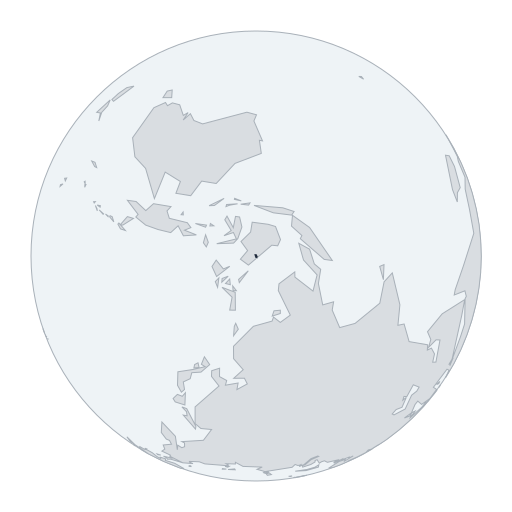 Temburong on an orthographic globe, rotated 180°
{"feature_id": "BRN-1183", "entity_name": "Temburong", "entity_type": "District", "adm_level": 1, "iso_a3": "BRN", "parent_name": "Brunei", "parent_adm1": "", "projection": "orthographic", "projection_center": [115.184, 4.611], "detail": "fine", "context": "on_globe", "style": "filled", "palette": "slate", "viewbox_px": 512, "rotation_deg": 180, "n_neighbors": 0, "source": "natural_earth", "source_scale": "10m", "svg_char_len": 8107}
<svg xmlns="http://www.w3.org/2000/svg" viewBox="0 0 512 512"><g transform="rotate(180 256 256)"><circle cx="256" cy="256" r="225" fill="#eef3f6" stroke="#a8b0b8"/><path d="M451.9,325.6L451.6,327.1L451.4,327.4L451.9,325.6ZM364.8,58.7L364.6,58.6L371.3,62.7L363.9,58.4L381.7,70.5L385.1,75.2L376.7,67.0L372.2,64.0L372.2,65.4L367.7,62.8L365.0,62.2L359.6,59.2L355.0,55.4L351.4,53.6L351.7,54.8L346.3,53.1L346.6,51.6L337.3,48.7L328.0,43.4L331.6,43.8L348.5,50.6L364.8,58.7ZM469.1,183.5L467.3,178.5L468.3,181.0L469.1,183.5ZM466.2,176.0L466.8,177.6L466.3,176.4L466.2,176.0ZM465.8,175.4L466.1,175.9L465.8,175.4ZM465.5,175.4L465.6,175.2L465.7,175.4L465.5,175.4ZM464.4,173.7L464.0,173.1L463.9,172.4L464.4,173.7ZM377.2,66.7L376.6,66.0L378.7,67.6L377.2,66.7ZM365.6,62.7L367.2,63.8L365.2,63.1L365.6,62.7ZM355.0,58.1L351.2,56.9L354.3,57.3L355.0,58.1ZM348.5,55.8L339.4,53.7L342.2,55.8L329.2,49.2L341.2,52.8L344.6,52.8L345.2,54.1L348.5,55.8ZM323.4,46.2L320.6,45.4L322.7,45.6L323.4,46.2ZM66.6,134.0L63.0,141.8L65.0,142.8L78.6,124.7L75.4,122.6L82.1,113.5L90.4,107.6L94.2,110.9L96.9,107.6L100.6,99.1L107.6,94.0L102.5,95.9L100.0,99.4L96.8,101.0L98.9,97.9L101.3,96.0L101.9,94.1L90.3,104.7L86.5,109.4L84.2,110.3L77.7,118.5L74.9,122.0L77.7,118.3L88.4,105.5L100.0,93.5L112.5,82.4L125.7,72.2L125.6,72.3L127.7,70.9L134.9,66.2L133.4,67.4L140.7,62.8L143.7,62.1L146.1,59.5L154.6,55.1L161.2,52.3L164.4,50.7L153.7,55.3L149.0,57.7L144.3,60.4L139.6,63.1L155.3,54.5L171.8,47.1L178.7,44.6L183.4,43.8L172.9,50.5L166.8,52.5L167.5,50.9L158.8,56.1L163.4,53.8L162.1,55.2L170.0,52.2L169.5,53.1L177.8,49.0L178.1,49.8L172.8,52.4L184.6,49.7L187.5,51.2L190.4,50.3L192.7,48.8L194.9,52.3L196.9,51.5L197.0,50.0L201.2,47.5L209.3,44.9L209.6,46.3L206.7,47.4L201.1,52.2L193.3,55.6L194.2,56.0L201.0,53.4L208.0,47.4L212.8,45.5L210.4,48.0L211.6,47.0L214.1,46.5L216.9,47.5L219.9,44.7L247.0,40.4L255.0,42.7L249.8,44.9L269.0,45.6L276.6,49.7L276.6,48.0L285.9,48.3L283.6,46.9L284.4,46.3L307.1,48.1L312.7,50.2L322.6,50.6L322.6,50.0L319.0,48.4L329.2,49.2L342.2,55.8L341.5,56.8L350.1,60.9L347.2,62.9L348.8,67.0L340.5,67.8L342.5,71.6L345.7,72.9L350.7,79.5L350.1,90.0L336.6,75.7L334.7,62.2L334.2,66.8L330.2,64.3L327.4,65.3L327.5,69.1L330.1,70.4L308.6,71.7L300.4,82.5L311.1,83.5L316.9,88.4L316.9,105.1L293.0,126.0L300.5,135.6L300.3,141.3L292.4,143.8L292.5,135.4L285.3,131.5L286.6,126.8L273.9,129.0L275.1,122.4L264.7,128.1L267.6,133.8L278.3,133.7L268.8,142.3L278.4,153.3L278.5,165.7L258.6,185.7L239.9,190.9L238.5,194.9L231.7,189.6L221.7,196.9L233.7,221.4L233.0,228.2L217.2,240.1L217.1,234.9L199.0,220.9L194.9,237.1L208.5,252.0L213.2,268.7L202.4,262.8L197.7,248.1L191.3,242.7L193.6,228.5L189.3,207.1L178.4,210.2L179.8,201.9L172.3,184.4L156.9,188.6L132.2,208.8L127.9,230.2L119.7,239.1L112.1,207.2L114.1,186.7L107.9,188.0L102.9,170.4L84.3,167.2L84.7,161.9L80.6,163.9L77.5,158.1L79.3,149.8L76.1,149.9L72.0,172.0L75.9,172.2L83.4,164.6L81.2,172.5L84.5,180.3L69.8,198.2L47.3,212.4L50.3,196.4L59.9,153.0L62.5,148.6L62.8,148.1L63.2,147.2L58.8,154.2L62.2,146.2L51.5,175.3L47.4,188.0L46.9,213.3L45.7,215.7L47.1,221.2L57.8,217.0L56.8,222.3L48.5,246.4L38.2,278.7L42.5,302.6L46.8,322.8L47.0,334.8L53.7,350.7L54.7,355.6L59.2,364.5L63.9,373.4L66.1,377.3L58.0,363.4L50.8,349.0L44.7,334.2L39.7,318.9L35.8,303.4L32.9,287.6L31.3,271.6L30.7,255.5L31.3,239.5L33.1,223.5L36.0,207.7L40.0,192.2L45.1,176.9L51.2,162.1L58.4,147.8L66.6,134.0ZM92.9,124.9L98.7,127.2L105.2,115.4L108.0,115.6L109.2,111.8L105.7,114.6L110.0,104.7L115.8,102.5L119.8,98.0L118.0,97.1L106.8,103.0L100.4,116.8L95.2,120.9L92.9,124.9ZM205.1,36.8L207.8,36.1L208.9,35.9L216.9,34.3L217.5,34.4L212.9,35.4L205.1,36.8ZM75.4,127.5L72.2,130.6L73.1,128.7L74.0,128.0L75.4,127.5ZM73.1,124.6L71.5,127.4L72.2,125.9L73.1,124.6ZM207.1,36.6L210.3,35.9L208.6,36.4L207.1,36.6ZM218.3,34.4L217.1,34.9L218.5,34.2L218.3,34.4ZM148.4,432.8L153.2,435.6L150.6,435.5L148.4,432.8ZM59.5,322.4L66.5,356.8L62.8,356.2L57.5,345.5L51.8,324.4L54.6,319.3L54.7,310.0L59.5,322.4ZM270.7,311.1L277.6,312.6L277.4,313.7L270.7,311.1ZM263.4,306.9L271.3,307.8L262.0,309.1L263.4,306.9ZM274.4,308.2L282.5,306.8L286.0,305.4L285.4,307.5L274.4,308.2ZM258.0,306.6L229.2,304.2L217.9,300.5L220.4,296.9L238.7,299.2L258.0,306.6ZM219.5,296.7L202.4,284.5L179.7,251.5L187.8,252.6L211.7,273.3L210.1,276.5L220.5,285.9L219.5,296.7ZM261.4,279.9L259.8,289.8L243.8,287.7L236.5,285.5L231.5,272.4L234.3,266.2L240.2,266.8L263.6,246.9L271.6,252.8L264.4,261.4L271.0,270.5L261.4,279.9ZM128.6,232.3L132.3,245.6L128.0,247.4L128.6,232.3ZM273.4,232.6L263.7,241.2L272.7,229.4L273.4,232.6ZM278.9,221.4L279.3,226.1L275.6,221.3L278.9,221.4ZM238.0,201.2L231.7,201.8L231.7,198.5L239.8,195.9L238.0,201.2ZM278.4,176.3L277.7,185.6L276.3,188.7L273.7,182.8L278.4,176.3ZM216.8,40.8L205.1,42.5L197.1,44.8L193.2,47.2L193.6,44.9L206.0,41.4L216.8,40.8ZM243.2,40.1L246.6,38.6L248.5,39.3L248.0,39.7L243.2,40.1ZM242.8,39.1L240.6,37.4L244.7,36.7L245.7,38.1L242.8,39.1ZM223.4,35.7L219.9,36.1L221.3,35.5L223.4,35.7ZM398.5,410.7L400.1,412.5L393.6,418.5L385.1,424.4L378.0,425.9L398.5,410.7ZM339.8,422.0L340.3,414.4L349.0,414.4L344.8,420.9L339.8,422.0ZM404.4,406.1L410.3,399.6L413.2,391.0L411.6,399.0L415.3,399.7L401.8,412.1L404.4,406.1ZM309.4,388.1L265.1,399.8L255.5,397.2L258.1,391.0L249.5,371.1L252.6,371.7L250.7,358.6L277.0,348.6L295.8,328.5L310.3,330.9L321.3,316.3L336.1,318.7L331.6,330.5L346.8,339.9L357.6,313.4L366.4,343.6L377.1,355.2L379.4,374.3L358.1,404.3L346.5,409.5L344.5,406.3L339.6,409.1L332.3,407.2L328.7,396.6L323.9,399.4L328.8,392.0L321.6,398.3L318.1,391.5L309.4,388.1ZM415.3,344.4L417.3,345.4L420.3,351.0L417.0,349.7L415.3,344.4ZM446.7,331.1L447.4,333.7L445.3,334.0L446.7,331.1ZM451.4,327.4L449.0,328.1L451.9,325.6L451.4,327.4ZM426.8,328.2L427.8,330.2L426.9,330.8L426.8,328.2ZM426.0,327.5L427.3,324.7L427.1,327.6L426.0,327.5ZM416.6,310.4L417.8,309.0L418.4,310.3L416.6,310.4ZM287.9,313.6L297.6,306.5L302.9,306.3L287.9,313.6ZM414.8,307.0L411.6,306.3L411.9,304.8L414.8,307.0ZM415.0,303.3L414.7,301.1L416.6,306.5L415.0,303.3ZM408.9,297.7L412.8,302.1L408.4,298.1L408.9,297.7ZM406.5,298.0L403.7,296.0L403.9,295.3L406.5,298.0ZM373.9,297.6L384.6,311.7L375.9,310.5L366.2,301.4L358.5,308.3L341.0,305.4L345.0,301.1L342.7,293.7L324.7,289.3L321.1,284.4L327.5,281.8L315.6,277.1L328.6,276.2L333.9,286.2L341.3,279.4L354.0,282.5L366.3,286.9L376.2,295.0L373.9,297.6ZM328.7,297.1L330.9,297.3L328.9,300.0L328.7,297.1ZM398.2,290.1L402.4,295.2L401.9,296.3L399.8,295.3L398.2,290.1ZM378.5,293.6L389.2,286.9L391.7,287.3L384.6,295.4L378.5,293.6ZM386.6,281.5L391.5,283.1L394.1,287.9L393.1,289.0L386.6,281.5ZM302.1,286.0L301.6,288.5L298.2,286.2L302.1,286.0ZM306.4,284.8L316.6,288.5L305.5,286.9L306.4,284.8ZM275.6,273.1L278.6,279.5L288.0,276.3L280.8,281.5L287.2,292.2L285.0,295.9L278.7,284.3L276.5,295.6L272.4,295.0L270.1,285.0L274.2,273.4L278.4,268.9L295.3,268.3L275.6,273.1ZM306.4,277.2L303.7,269.7L305.7,265.1L308.6,269.2L306.4,277.2ZM295.8,251.9L288.7,243.1L282.2,245.7L295.4,235.5L300.0,245.5L295.8,251.9ZM289.9,233.5L283.8,235.8L290.2,229.8L289.9,233.5ZM282.3,233.0L281.7,227.3L286.5,228.5L282.3,233.0ZM293.1,234.1L294.4,224.7L296.7,230.4L293.1,234.1ZM279.9,214.8L290.0,224.7L276.8,219.7L276.6,201.8L282.3,201.9L279.9,214.8ZM314.0,149.2L312.9,144.5L318.1,144.1L317.4,147.4L314.0,149.2ZM334.1,140.2L319.1,142.5L306.9,145.3L310.6,147.7L307.6,155.2L302.3,147.4L311.0,139.9L320.2,139.3L321.8,133.3L328.7,130.1L327.5,122.5L330.6,119.8L334.5,126.7L334.1,140.2ZM326.6,119.3L327.1,107.0L336.8,110.1L338.9,113.5L334.6,117.6L329.7,115.7L326.6,119.3ZM330.1,105.1L325.3,103.4L316.1,85.6L316.5,82.9L328.7,96.9L324.9,96.2L325.5,100.3L330.1,105.1ZM321.3,46.2L320.6,45.5L322.9,46.4L321.3,46.2ZM282.9,45.6L284.3,44.8L287.0,45.6L282.9,45.6ZM289.6,43.4L285.6,42.9L289.7,42.8L289.6,43.4ZM276.8,42.2L284.0,42.5L277.3,43.1L276.8,42.2Z" fill="#d9dde1" stroke="#a8b0b8" stroke-width="1"/><path d="M255.9,254.8L255.9,255.0L256.0,255.0L256.3,255.9L256.4,256.0L256.3,256.4L256.3,256.5L256.5,256.8L256.7,257.0L256.4,257.1L256.2,257.1L255.9,257.0L255.7,256.9L255.6,256.4L255.4,256.0L255.4,255.8L255.4,255.5L255.4,255.2L255.5,255.3L255.5,255.2L255.8,255.1L255.8,254.9L255.7,254.9L255.8,254.8L255.9,254.8Z" fill="#64748b" stroke="#1e293b" stroke-width="1.5"/></g></svg>